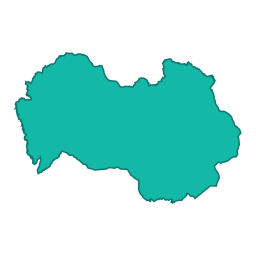 the district of Bosomtwe, Ashanti, Ghana
{"feature_id": "2480657B90441463194933", "entity_name": "Bosomtwe", "entity_type": "district", "adm_level": 2, "iso_a3": "GHA", "parent_name": "Ghana", "parent_adm1": "Ashanti", "projection": "robinson", "projection_center": [-1.515, 6.558], "detail": "fine", "context": "isolated", "style": "filled", "palette": "teal", "viewbox_px": 256, "rotation_deg": 0, "n_neighbors": 0, "source": "geoboundaries", "source_scale": "gbopen_adm2", "svg_char_len": 5638}
<svg xmlns="http://www.w3.org/2000/svg" viewBox="0 0 256 256"><path d="M26.8,152.3L28.3,154.8L28.7,154.6L29.3,155.2L29.2,154.7L29.8,154.9L30.4,155.9L30.2,156.3L31.0,156.6L30.8,157.3L32.0,157.0L31.7,157.8L32.2,157.5L32.2,158.3L32.7,158.6L32.0,158.8L33.2,159.5L32.9,160.5L33.4,160.5L33.6,161.4L32.9,161.6L32.8,162.7L33.2,162.7L32.9,163.0L34.4,164.4L36.0,163.6L36.8,162.4L37.0,160.8L37.6,159.5L39.7,158.2L40.2,157.2L41.0,160.3L40.3,161.5L39.2,166.5L37.5,169.4L37.6,171.8L38.3,173.7L39.9,172.2L41.1,172.3L42.6,171.3L43.0,170.0L44.1,170.2L44.6,169.3L45.8,169.2L46.0,168.4L47.6,168.0L49.8,166.4L50.6,164.1L51.9,163.2L51.9,161.8L52.5,161.6L53.8,159.6L54.2,159.9L54.6,159.2L57.0,158.3L58.4,157.2L58.6,156.5L59.1,156.5L59.4,154.6L60.3,153.6L60.6,153.8L61.4,151.9L62.4,151.2L68.1,153.4L68.0,154.0L68.8,154.9L70.4,155.4L71.2,155.0L73.0,155.2L73.9,156.9L76.5,158.1L77.0,159.1L79.8,160.8L83.0,163.9L86.2,164.7L87.9,167.9L92.9,169.1L94.5,170.0L106.6,168.9L109.0,167.5L114.4,168.2L115.6,167.9L116.6,166.8L117.5,167.4L118.2,167.3L120.2,168.9L127.5,169.4L131.2,175.5L132.9,176.4L134.4,178.0L137.5,179.8L138.7,180.1L138.7,189.8L139.6,192.2L140.8,194.5L142.4,195.6L143.0,197.3L145.8,199.6L146.8,200.3L148.1,200.4L149.6,199.9L149.8,201.2L150.4,201.4L150.8,200.0L150.3,199.3L150.8,198.7L151.8,199.2L153.9,201.5L157.4,199.4L158.9,199.5L159.7,198.5L161.8,199.4L162.2,198.4L163.6,198.2L165.5,200.1L167.4,199.5L168.6,200.3L171.5,198.9L172.1,200.1L170.8,202.7L171.6,201.8L171.6,202.6L171.8,202.2L172.4,203.0L172.8,202.8L172.1,202.2L172.4,201.4L174.3,202.1L176.3,200.8L180.3,200.1L181.6,200.4L182.5,199.1L186.2,195.8L187.0,194.7L186.6,193.9L186.9,193.5L188.7,193.8L190.5,196.1L192.9,196.3L194.5,197.4L195.0,198.4L210.4,185.8L216.4,186.0L216.6,183.9L219.1,178.2L219.0,176.0L217.8,172.9L215.3,169.3L214.3,166.1L218.0,162.5L218.9,162.4L221.0,163.2L222.5,162.2L224.3,162.1L227.9,160.8L231.0,158.2L233.5,156.9L236.0,156.8L237.5,154.6L237.1,150.3L238.3,148.3L238.7,145.7L239.3,144.7L238.8,139.4L237.9,136.6L239.6,134.2L240.6,133.5L240.6,131.9L239.4,129.4L236.4,126.3L235.2,126.2L234.6,125.3L233.7,121.9L232.4,120.1L232.1,118.4L231.1,116.3L228.3,113.7L223.9,111.2L221.5,111.6L219.1,110.5L218.1,107.7L216.1,105.0L215.2,102.4L215.1,100.5L214.0,99.0L214.1,96.4L211.9,89.8L210.6,89.3L210.3,88.0L214.3,82.5L215.0,80.6L214.6,80.0L214.5,80.4L213.7,80.1L213.1,78.7L213.6,78.4L212.9,77.5L213.3,76.7L211.8,76.5L212.2,75.4L211.2,75.5L211.1,76.2L209.7,75.8L207.2,76.8L205.3,75.1L204.5,75.3L204.0,74.9L204.0,73.8L203.3,73.7L203.3,74.0L202.0,73.1L202.0,72.5L199.1,69.3L198.4,69.4L197.7,68.3L196.9,68.7L196.3,68.4L194.6,66.9L194.0,67.4L193.5,66.6L192.0,66.1L191.5,64.1L189.6,63.8L189.5,63.1L188.3,62.1L187.4,63.1L187.6,63.9L186.9,64.2L187.1,64.8L186.6,65.2L185.9,65.2L184.7,63.7L181.9,64.2L179.6,63.7L179.2,63.1L178.6,63.3L178.6,62.7L175.9,62.9L174.4,62.2L174.1,61.6L172.2,61.7L171.3,59.4L169.8,58.9L164.7,60.1L164.2,60.9L164.4,61.4L163.5,61.8L163.4,62.6L162.8,63.1L164.1,67.8L162.9,68.6L163.4,69.3L163.2,70.2L163.6,70.6L163.4,71.3L163.9,72.6L163.6,72.7L164.1,74.8L165.3,75.7L163.7,78.0L163.3,78.3L162.8,77.8L162.7,78.5L161.9,78.7L161.4,79.8L161.6,81.0L158.4,81.7L157.8,84.1L156.8,84.1L155.9,85.4L155.3,85.5L155.0,84.8L151.2,85.2L150.5,84.7L150.5,85.1L149.3,85.8L148.4,84.5L148.6,82.8L148.1,82.9L146.9,80.2L144.9,78.7L143.4,78.1L142.0,78.3L141.4,77.8L139.7,78.7L139.2,78.6L138.8,79.8L137.2,81.6L135.0,82.6L135.3,83.9L134.3,85.2L133.6,85.2L133.3,86.7L132.9,87.0L130.4,86.8L129.5,86.2L128.2,86.6L124.9,86.3L122.4,87.5L119.9,86.3L117.8,83.0L116.0,81.3L110.0,80.7L108.3,79.9L106.8,78.5L104.3,74.2L103.6,70.5L101.9,65.9L99.9,65.5L97.9,66.4L95.9,66.6L94.2,66.6L93.2,66.0L92.1,63.6L89.8,61.4L87.0,56.3L83.7,54.8L83.3,55.3L82.8,54.5L81.7,54.7L81.2,54.2L78.2,53.9L77.6,54.5L75.9,54.9L75.6,55.4L73.5,54.7L72.2,53.3L68.0,53.4L66.2,53.0L65.7,53.5L65.8,54.4L64.7,54.9L63.9,55.9L62.2,55.5L61.7,56.1L60.8,55.8L60.3,56.8L59.5,56.0L57.8,58.6L56.5,59.2L55.3,62.4L53.7,64.0L50.8,64.2L50.6,64.6L49.8,64.7L49.2,65.9L47.9,65.7L46.9,67.2L45.8,67.1L45.7,66.1L45.2,65.8L45.0,67.0L44.3,67.7L43.2,67.9L42.6,70.8L42.8,71.6L42.2,72.8L41.5,73.0L41.1,72.5L37.7,72.0L37.0,73.3L36.3,73.2L36.3,73.6L35.4,73.8L35.3,75.4L34.8,76.2L33.8,76.7L33.9,77.4L32.7,78.6L32.5,80.5L30.7,83.6L29.5,83.2L29.7,82.6L29.1,81.9L26.5,82.0L25.9,81.6L25.6,84.2L27.3,85.1L27.7,85.9L27.4,86.5L27.9,87.0L27.1,87.8L26.9,89.3L27.9,89.6L28.6,90.4L27.7,91.0L26.3,94.6L26.7,95.1L26.8,94.6L27.6,94.7L27.3,95.3L27.9,95.2L28.5,96.0L29.3,95.8L29.1,96.2L29.5,96.1L30.3,97.6L30.8,97.3L31.3,97.8L31.2,99.8L30.1,100.1L28.0,99.4L27.7,99.9L24.2,99.7L24.2,98.6L21.4,97.9L21.0,99.0L20.3,98.8L19.0,99.8L19.0,101.4L17.0,101.9L15.7,102.9L15.5,104.4L16.1,104.7L15.8,105.3L16.6,106.6L15.9,107.1L16.1,108.1L15.4,108.7L16.9,108.6L16.6,111.2L17.0,111.4L16.7,111.9L17.4,112.7L16.9,113.0L17.4,113.5L16.9,113.4L17.5,113.9L17.3,114.4L17.8,114.5L17.7,115.0L18.2,115.0L17.6,115.5L18.0,116.4L17.5,116.2L18.4,117.1L18.8,118.1L19.2,118.2L19.0,118.9L19.9,119.2L19.3,119.3L20.9,120.1L20.7,120.8L21.1,121.0L20.9,121.3L21.4,121.4L22.0,123.9L22.4,123.9L22.5,124.4L22.1,124.3L21.9,125.0L22.3,124.6L22.8,125.7L22.4,126.0L22.8,126.2L22.7,128.7L23.5,128.8L23.5,129.2L23.1,129.2L23.6,129.7L23.2,129.9L23.8,130.1L23.4,130.5L24.0,130.7L23.5,132.1L23.8,132.8L24.2,132.6L24.2,133.1L25.9,134.7L26.4,134.5L26.2,135.5L24.6,136.4L24.9,137.4L24.3,138.4L24.9,140.0L25.6,140.0L25.6,139.5L26.3,140.2L26.7,139.9L26.7,140.3L27.2,140.5L27.0,141.0L27.3,141.4L27.5,141.0L27.7,141.5L27.3,142.7L27.8,143.6L27.0,143.6L27.2,144.1L26.5,145.4L26.9,146.5L26.7,148.2L27.6,149.3L27.3,149.9L27.7,150.2L27.1,150.7L27.8,151.3L27.5,152.2L27.2,151.5L26.8,152.3Z" fill="#14b8a6" stroke="#0f766e" stroke-width="1.5"/></svg>